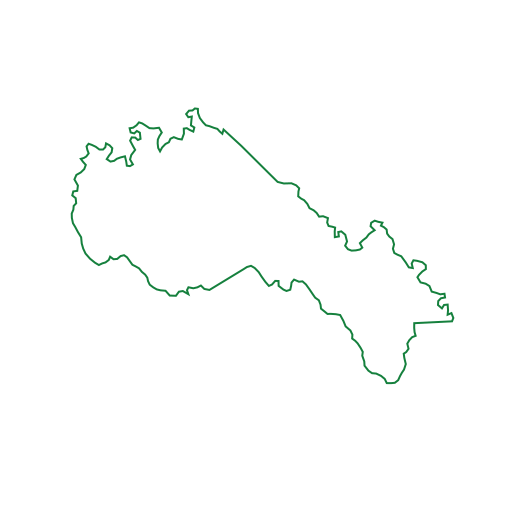 the district of Videira, Santa Catarina, Brazil, rotated 153°
{"feature_id": "56859067B98115345951737", "entity_name": "Videira", "entity_type": "district", "adm_level": 2, "iso_a3": "BRA", "parent_name": "Brazil", "parent_adm1": "Santa Catarina", "projection": "equal_earth", "projection_center": [-51.136, -26.989], "detail": "fine", "context": "isolated", "style": "outline", "palette": "green", "viewbox_px": 512, "rotation_deg": 153, "n_neighbors": 0, "source": "geoboundaries", "source_scale": "gbopen_adm2", "svg_char_len": 3801}
<svg xmlns="http://www.w3.org/2000/svg" viewBox="0 0 512 512"><g transform="rotate(153 256 256)"><path d="M110.6,174.9L114.7,178.6L117.7,180.7L120.7,178.6L121.8,174.1L125.0,176.5L125.5,182.3L126.7,189.8L129.4,193.0L131.4,195.9L130.7,200.3L127.7,203.7L126.7,209.1L128.4,212.8L129.0,216.4L127.6,220.3L129.0,223.7L130.9,226.3L128.2,228.3L131.5,230.9L134.2,233.6L138.3,233.3L140.4,230.5L138.6,225.1L142.6,224.7L145.7,224.1L149.3,222.3L153.6,221.5L157.6,220.3L157.5,215.2L160.5,214.6L164.5,215.7L168.4,217.4L171.0,220.3L171.9,224.7L168.3,227.6L166.8,234.4L168.8,239.2L171.8,240.0L173.3,235.8L177.2,237.0L174.7,242.2L172.6,245.4L174.8,247.5L177.7,249.8L177.4,253.5L174.7,257.1L178.2,261.0L181.9,262.4L182.4,266.8L183.9,270.6L186.6,274.3L186.6,279.1L187.8,283.9L189.7,286.6L191.3,290.0L188.9,294.2L186.8,296.7L188.1,300.7L191.4,304.7L198.3,308.0L203.1,312.2L207.5,325.5L219.1,360.8L227.5,383.4L230.5,380.2L231.8,383.4L232.7,386.8L235.4,389.4L238.6,392.9L241.3,395.2L242.5,399.2L243.4,404.4L242.8,409.6L241.0,413.5L243.5,415.2L246.5,414.5L249.7,415.9L253.8,414.2L253.3,410.4L249.9,409.4L252.3,405.7L254.7,401.9L252.6,398.5L255.4,395.3L257.9,398.5L259.6,401.3L262.5,402.3L264.7,397.7L269.2,393.5L272.2,395.7L275.3,399.2L279.0,399.3L282.0,396.9L285.8,396.9L290.4,395.3L294.0,392.8L294.1,396.7L292.5,401.0L290.6,404.3L287.6,406.7L283.9,408.8L284.2,414.3L289.4,416.2L292.9,418.3L295.0,422.1L297.2,425.8L299.6,428.2L303.1,426.7L307.2,426.1L310.6,427.2L311.6,423.0L308.8,420.5L305.4,421.5L303.5,418.6L305.7,412.8L308.6,413.0L309.8,416.3L312.9,418.1L315.8,415.9L315.7,409.8L315.5,405.4L321.3,402.6L324.4,399.2L324.1,393.5L327.5,393.3L330.1,395.1L328.8,398.9L327.5,404.3L331.8,405.3L335.8,405.8L339.2,405.2L342.8,406.2L345.0,410.1L341.4,412.2L337.6,413.9L335.1,417.3L336.2,421.1L338.5,424.4L340.9,421.3L344.0,420.3L347.2,422.0L349.2,426.1L351.9,429.6L354.2,432.0L357.2,430.6L358.1,427.1L358.5,423.4L362.1,421.7L365.0,421.5L368.0,422.1L367.4,418.5L366.3,414.4L369.6,411.4L374.2,410.0L379.2,409.8L383.0,406.7L382.7,399.6L385.7,395.2L389.5,396.5L392.2,393.4L390.4,389.4L392.3,384.6L395.7,383.4L397.7,380.2L400.9,377.5L402.8,373.5L404.2,368.3L403.9,363.8L403.8,358.2L403.3,352.1L405.6,346.2L406.6,341.1L406.8,335.6L405.1,328.9L402.5,323.1L400.1,319.3L396.3,319.2L393.0,318.6L389.0,319.3L386.3,321.6L384.4,317.8L381.0,316.4L376.6,317.4L373.2,316.6L371.5,313.4L370.7,308.2L370.1,304.3L367.9,301.3L365.8,298.1L364.9,293.7L363.2,289.7L362.7,286.0L363.6,282.6L363.7,278.7L361.8,274.7L359.6,271.3L356.7,268.8L352.4,266.1L350.8,259.9L345.4,256.9L340.9,259.2L337.1,258.0L333.6,252.7L333.0,256.9L330.4,258.8L326.5,255.7L322.5,254.7L318.5,254.7L317.0,250.1L312.9,246.9L273.1,249.9L269.1,250.3L264.9,249.5L262.6,245.9L260.9,240.4L260.4,235.2L259.4,228.7L258.1,223.5L254.7,223.3L250.2,225.1L247.3,223.5L249.4,219.1L246.8,213.6L244.7,211.0L240.8,210.4L238.3,213.4L236.4,216.2L232.8,217.7L229.4,213.6L226.1,212.3L224.4,208.0L223.5,202.1L222.8,196.3L222.2,192.0L220.1,188.0L220.6,183.3L222.0,179.6L220.1,175.4L218.6,171.9L215.8,170.6L211.3,167.9L207.8,165.2L207.6,158.4L208.1,152.6L205.7,146.8L205.8,142.2L207.8,138.8L206.1,135.4L205.1,132.0L204.5,126.6L204.4,122.1L206.6,118.9L207.4,112.9L209.1,109.0L207.9,102.8L205.8,98.9L202.3,96.7L199.0,92.4L197.1,88.0L197.2,83.4L193.4,81.4L189.9,80.0L185.7,80.8L182.2,83.6L179.1,85.7L175.7,87.6L171.6,91.7L170.1,97.9L168.7,101.9L165.8,102.2L162.2,104.1L161.0,109.2L157.6,111.4L153.7,112.8L150.0,112.4L149.3,116.1L147.7,120.1L145.5,124.3L111.0,108.8L108.3,111.2L107.8,116.4L111.9,116.7L109.5,120.5L107.3,125.7L110.7,127.0L114.1,124.9L116.1,129.7L114.1,133.1L110.4,134.4L106.4,133.2L105.2,136.8L109.2,138.2L112.0,141.2L115.6,144.5L115.1,150.5L117.4,154.3L121.4,157.8L121.8,163.8L119.3,165.2L114.8,166.7L110.6,167.2L108.9,170.7L110.6,174.9Z" fill="none" stroke="#15803d" stroke-width="2"/></g></svg>